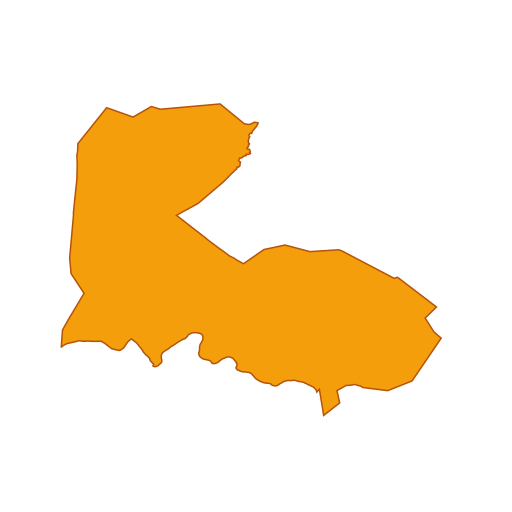 outline of Santiago Tetepec, Oaxaca, Mexico, rotated 103°
{"feature_id": "50627088B18876706732637", "entity_name": "Santiago Tetepec", "entity_type": "district", "adm_level": 2, "iso_a3": "MEX", "parent_name": "Mexico", "parent_adm1": "Oaxaca", "projection": "natural_earth1", "projection_center": [-97.666, 16.359], "detail": "fine", "context": "isolated", "style": "filled", "palette": "amber", "viewbox_px": 512, "rotation_deg": 103, "n_neighbors": 0, "source": "geoboundaries", "source_scale": "gbopen_adm2", "svg_char_len": 5551}
<svg xmlns="http://www.w3.org/2000/svg" viewBox="0 0 512 512"><g transform="rotate(103 256 256)"><path d="M388.4,425.3L388.3,424.8L386.8,423.9L384.0,420.7L380.0,412.4L378.3,409.3L378.0,405.1L376.6,400.3L375.8,395.4L373.9,387.8L375.1,383.8L378.8,375.7L378.9,371.3L378.9,370.1L378.7,367.4L375.4,364.3L368.7,361.7L365.7,359.6L364.8,358.8L367.5,352.8L372.3,346.8L374.1,344.7L374.7,344.5L377.0,341.2L377.3,340.4L379.8,336.4L380.5,336.3L381.9,335.4L382.5,334.2L383.4,333.3L384.0,331.8L384.7,331.3L385.2,331.6L386.3,331.7L386.6,330.8L386.7,329.8L386.1,328.3L385.0,326.8L383.6,325.9L382.3,324.9L380.5,324.0L379.0,324.2L376.7,325.4L373.5,326.0L371.1,325.2L369.3,323.7L368.2,322.6L366.8,321.0L363.3,318.3L361.9,316.7L360.3,315.2L358.3,313.4L356.7,311.8L355.3,310.4L353.5,308.2L352.7,306.8L352.0,306.2L349.8,304.8L348.1,304.3L347.2,303.3L346.3,302.4L345.3,300.8L344.6,299.1L344.2,297.0L344.1,295.6L344.0,294.2L344.1,293.0L344.2,292.1L344.7,291.1L345.4,290.2L346.3,289.7L347.5,289.4L349.0,289.0L350.3,289.1L351.4,289.6L353.4,290.0L354.4,290.5L356.9,290.6L359.0,290.2L360.3,289.8L361.3,289.9L362.7,290.0L364.1,289.8L365.3,289.2L366.0,288.7L366.8,287.9L368.0,285.3L368.3,283.2L368.2,280.9L368.1,280.2L368.3,279.4L368.1,278.6L368.4,277.8L368.5,277.0L368.7,276.3L369.1,275.9L370.1,275.0L370.5,274.6L370.5,274.1L370.4,273.2L370.2,272.3L369.7,271.3L369.0,270.2L367.8,268.8L366.2,267.6L365.5,267.1L365.3,266.8L364.6,266.4L364.4,266.1L363.9,265.6L362.5,263.7L361.0,261.5L360.4,260.0L360.3,258.4L360.5,257.5L360.7,256.5L360.9,255.7L361.4,254.7L362.1,253.8L363.6,251.9L364.0,251.6L364.4,250.9L364.7,250.8L365.0,250.8L365.1,250.6L365.7,250.3L365.8,250.0L366.9,249.9L367.8,250.0L368.7,250.4L369.6,250.3L370.4,249.6L370.9,248.8L371.3,248.4L371.1,247.3L371.4,246.6L371.4,246.2L371.7,245.9L371.7,245.2L371.8,244.5L371.8,243.8L371.8,242.8L371.8,242.1L371.7,241.6L371.5,241.1L371.3,240.5L371.3,239.4L371.2,238.2L371.1,236.8L371.0,236.1L371.4,235.5L371.3,234.9L371.5,234.3L372.3,233.2L372.8,232.5L373.6,231.2L374.7,229.9L375.5,228.7L375.9,227.9L376.3,226.7L376.6,225.5L377.1,224.5L377.3,223.0L377.5,221.7L377.7,220.7L377.7,219.8L377.7,218.8L377.6,217.3L377.3,216.2L377.2,215.0L377.2,214.4L377.3,213.9L377.3,213.3L377.5,212.3L378.0,212.0L378.3,210.9L378.3,209.9L378.3,209.2L378.3,208.2L378.0,207.4L377.9,206.9L377.7,206.7L377.2,205.9L376.7,205.2L376.2,204.9L375.7,204.5L374.7,203.6L374.1,202.8L373.6,202.2L373.0,201.5L372.5,201.1L372.0,200.8L371.8,200.4L371.5,199.8L371.3,199.3L371.1,199.2L370.7,198.4L370.5,197.8L370.3,197.0L370.1,196.6L369.9,196.0L369.7,195.4L369.7,194.8L369.7,194.0L369.4,193.7L369.2,192.7L368.9,192.1L368.6,191.6L368.6,191.4L368.5,190.8L368.4,190.1L368.4,189.5L368.5,188.4L368.6,187.7L368.5,187.1L368.7,186.4L368.6,185.5L368.4,184.5L368.4,184.0L368.4,183.5L368.4,182.8L368.4,182.3L368.5,181.7L368.5,181.2L368.4,180.9L368.5,180.5L368.8,179.9L368.9,179.3L368.9,178.6L369.1,177.9L369.3,177.4L369.5,176.8L369.7,176.2L369.7,175.7L369.9,174.7L370.0,174.0L370.3,173.0L370.5,172.2L370.6,171.2L371.0,170.3L371.4,169.6L371.7,169.1L372.1,168.4L372.6,167.8L373.3,167.0L374.2,166.5L374.9,166.1L371.5,164.3L396.1,154.2L380.3,141.4L369.0,146.8L361.9,139.1L360.7,135.0L359.2,131.4L358.9,130.3L359.2,128.1L359.2,126.3L359.3,124.5L359.8,123.0L360.1,122.2L357.6,97.4L342.6,75.8L314.3,64.8L294.4,57.1L289.9,65.6L278.5,77.1L278.4,77.2L265.1,68.7L249.5,103.1L244.9,113.3L246.7,116.4L231.8,173.1L231.3,176.7L239.6,204.4L238.8,230.2L247.9,249.7L266.4,266.5L265.0,271.1L264.1,274.4L263.2,276.4L261.8,282.1L259.5,287.1L256.5,294.4L253.5,301.1L253.1,302.2L251.4,305.9L251.4,306.0L249.6,309.4L247.7,313.7L244.2,321.1L243.0,323.8L241.5,327.0L239.6,331.1L234.6,341.9L234.3,342.6L229.5,337.4L224.3,331.5L217.6,324.1L208.3,317.2L199.8,310.9L199.7,310.8L198.4,309.8L197.9,309.5L191.5,304.7L184.9,300.5L183.4,299.7L179.7,297.3L178.3,296.4L177.6,296.1L176.5,295.2L176.0,294.8L175.8,294.6L175.5,294.3L175.0,294.3L173.6,294.5L173.4,294.3L173.4,293.3L173.3,293.0L172.4,292.3L172.0,292.2L171.7,292.0L171.4,292.1L171.1,292.0L170.4,292.1L169.9,292.3L168.3,292.2L168.2,292.3L168.0,292.5L167.7,292.8L167.5,293.4L166.9,294.5L166.2,294.4L164.6,294.0L164.2,293.9L164.2,293.4L163.9,292.7L163.6,292.1L163.1,291.5L162.7,291.2L162.2,291.0L161.2,290.0L160.7,288.7L160.4,288.3L160.1,288.2L159.8,288.2L159.4,288.5L159.1,288.4L158.9,287.8L159.0,287.3L158.8,286.4L157.6,284.6L157.3,284.4L156.9,284.6L156.6,285.5L156.2,285.3L156.0,285.2L155.7,285.1L155.4,285.2L155.3,285.3L154.9,285.4L154.6,285.6L154.0,285.9L153.6,286.3L153.5,286.6L153.7,287.9L153.5,288.8L153.3,288.9L152.8,289.0L152.1,288.9L151.9,288.5L151.7,288.4L151.0,288.0L150.6,288.0L150.4,288.0L149.9,288.4L149.7,288.1L149.2,288.0L148.9,287.8L148.2,287.6L147.9,288.2L147.8,288.4L147.7,288.5L147.3,288.8L147.2,288.8L146.8,288.8L146.3,289.3L145.9,289.4L144.7,289.4L144.3,289.5L143.9,289.4L143.2,289.4L142.9,289.4L142.0,289.4L141.7,289.0L141.3,288.9L140.4,289.8L140.1,290.0L139.4,290.0L139.2,290.0L138.3,289.7L138.0,289.3L137.9,288.8L137.7,288.4L137.4,288.5L137.2,287.7L136.8,287.6L135.1,287.6L134.5,287.1L134.4,287.1L129.0,284.4L128.8,284.4L126.0,283.8L125.7,284.2L126.0,287.7L127.7,289.6L129.3,292.1L129.7,293.9L129.5,295.1L130.0,296.7L119.4,318.2L115.9,325.2L116.7,327.6L121.3,341.7L134.5,382.2L133.9,391.6L148.3,407.1L145.1,434.9L186.7,454.9L189.3,454.3L194.0,453.4L198.3,453.2L206.1,451.0L210.3,450.1L216.7,448.8L217.0,448.8L219.4,448.2L220.3,448.1L221.4,447.8L241.2,445.4L255.9,443.5L256.1,443.2L281.9,439.6L300.1,437.1L314.8,432.2L331.0,415.2L340.2,418.1L360.0,424.5L371.6,427.9L388.4,425.3Z" fill="#f59e0b" stroke="#b45309" stroke-width="1.5"/></g></svg>